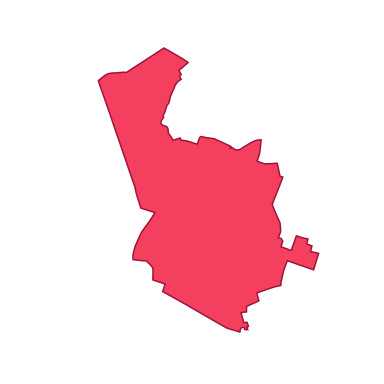 the district of Thanh Xuan, Ha Noi, Vietnam, rotated 236°
{"feature_id": "81297802B66022953489908", "entity_name": "Thanh Xuan", "entity_type": "district", "adm_level": 2, "iso_a3": "VNM", "parent_name": "Vietnam", "parent_adm1": "Ha Noi", "projection": "orthographic", "projection_center": [105.818, 20.995], "detail": "fine", "context": "isolated", "style": "filled", "palette": "rose", "viewbox_px": 384, "rotation_deg": 236, "n_neighbors": 0, "source": "geoboundaries", "source_scale": "gbopen_adm2", "svg_char_len": 3239}
<svg xmlns="http://www.w3.org/2000/svg" viewBox="0 0 384 384"><g transform="rotate(236 192 192)"><path d="M49.1,153.4L50.2,154.4L51.1,155.3L51.8,157.2L51.6,158.1L50.7,159.2L49.6,159.4L48.5,158.7L46.7,161.2L49.4,162.1L48.9,163.6L53.1,164.8L54.8,162.0L64.7,165.2L62.1,170.1L66.6,173.3L65.7,178.6L64.9,182.8L64.7,184.7L64.5,185.7L64.4,186.6L72.1,189.2L71.6,191.0L71.4,191.8L71.1,193.0L70.8,194.0L70.5,195.2L70.3,195.9L69.0,201.2L67.1,207.5L67.0,207.8L65.6,211.5L64.8,213.4L67.8,215.5L68.3,216.2L68.8,216.7L69.2,217.3L70.3,218.5L70.9,219.1L72.0,220.2L74.3,222.7L74.7,223.2L75.5,224.0L75.9,224.5L76.5,225.3L79.2,229.0L80.5,230.9L81.7,232.6L59.5,249.3L70.3,262.7L76.4,257.0L80.2,261.3L84.8,258.1L88.2,261.9L92.3,257.9L97.3,254.1L88.2,241.7L88.8,241.0L90.5,239.8L93.2,237.8L96.8,235.2L100.2,239.6L101.9,239.8L103.4,240.0L105.9,238.1L109.2,242.9L111.5,244.6L117.1,247.7L125.2,249.1L136.7,251.4L141.6,258.4L147.0,266.4L153.5,275.6L154.9,274.6L155.8,273.8L168.1,278.7L168.5,278.1L169.4,276.7L170.5,274.8L170.7,274.4L171.4,273.3L172.0,272.3L172.9,270.9L174.5,268.4L175.4,267.5L177.8,265.5L181.2,263.3L181.5,263.7L185.5,268.9L187.3,270.7L193.8,276.2L196.5,278.5L197.5,277.0L198.7,274.7L199.5,271.6L200.0,267.8L200.1,265.3L200.4,259.1L200.4,255.3L201.6,252.9L201.9,252.2L205.3,250.5L206.7,249.8L206.4,248.7L207.4,248.3L207.8,249.2L208.2,249.7L223.7,240.2L225.8,237.9L230.1,233.2L232.4,231.2L233.0,230.2L233.0,229.6L232.8,228.8L228.7,223.0L236.6,216.9L241.2,211.8L243.4,212.4L244.5,208.7L244.8,207.7L245.0,206.5L245.2,205.3L249.6,205.5L252.2,205.4L253.7,205.3L256.4,206.7L258.2,207.6L259.8,207.6L261.4,207.0L263.8,204.9L266.8,204.8L268.2,206.3L269.9,210.4L270.4,210.4L271.0,210.5L271.3,210.7L271.9,211.5L273.5,214.3L277.0,218.8L277.6,219.2L277.9,220.0L278.5,222.1L280.6,224.7L281.7,226.1L282.8,226.7L284.9,230.1L286.5,232.5L287.2,233.8L288.0,235.2L289.9,237.7L290.7,239.8L291.4,242.1L291.6,246.1L295.0,246.4L295.5,248.8L300.1,249.2L301.5,261.1L302.4,260.9L307.0,259.1L310.0,257.6L312.3,256.5L312.7,256.4L312.8,256.3L315.6,254.9L319.2,253.2L321.3,252.2L325.0,250.3L326.7,249.4L327.1,249.2L327.3,232.6L327.5,220.9L327.7,211.9L327.8,204.3L328.3,203.8L329.6,202.3L329.8,201.9L331.0,199.6L331.8,198.2L332.7,196.7L333.1,195.9L334.2,194.1L335.2,192.5L335.6,191.7L336.3,190.3L336.6,189.4L336.9,188.6L337.0,187.8L337.2,187.0L337.3,186.1L337.3,184.3L337.0,180.2L336.9,178.8L336.8,177.6L336.6,176.6L335.4,176.2L333.1,175.6L329.0,174.5L328.6,174.3L328.3,174.3L319.5,172.0L312.6,170.2L299.4,166.7L298.0,166.3L297.6,166.2L283.0,162.2L272.4,159.4L253.6,154.3L241.4,151.0L236.8,149.8L228.5,147.6L222.5,145.2L222.1,145.1L220.9,144.6L211.8,141.9L207.3,140.6L196.0,149.4L195.6,149.6L195.3,148.9L193.9,145.9L191.9,141.3L187.1,128.2L186.1,126.3L181.2,118.3L179.2,115.1L176.4,111.7L172.7,107.7L172.0,107.3L171.4,106.9L168.9,105.3L167.0,107.6L166.7,107.9L165.4,109.4L165.0,109.8L164.0,111.0L163.5,111.7L163.0,112.2L162.4,112.9L161.8,113.7L160.4,115.7L159.5,115.7L158.6,116.0L157.0,116.3L155.0,116.7L153.5,116.9L151.7,117.0L149.9,116.6L147.8,115.1L146.5,114.3L145.6,113.6L144.5,112.8L143.6,112.2L143.0,111.8L141.0,110.4L131.7,117.5L130.8,118.1L130.7,118.2L125.9,112.0L102.2,124.0L85.0,132.3L59.6,144.8L49.1,153.4Z" fill="#f43f5e" stroke="#9f1239" stroke-width="1.5"/></g></svg>